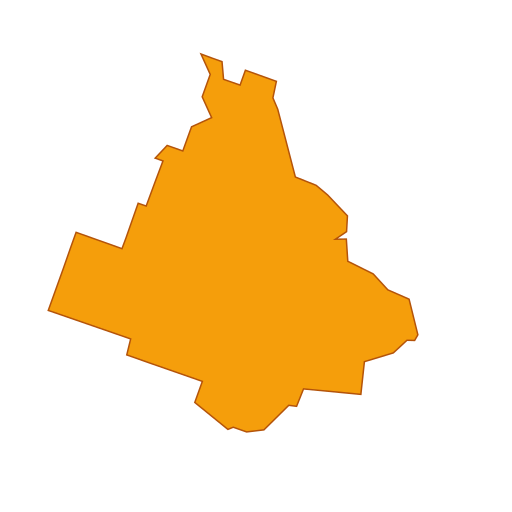 Henry, Georgia, United States of America, rotated 19°
{"feature_id": "52423323B6580750779767", "entity_name": "Henry", "entity_type": "district", "adm_level": 2, "iso_a3": "USA", "parent_name": "United States of America", "parent_adm1": "Georgia", "projection": "orthographic", "projection_center": [-84.158, 33.473], "detail": "fine", "context": "isolated", "style": "filled", "palette": "amber", "viewbox_px": 512, "rotation_deg": 19, "n_neighbors": 0, "source": "geoboundaries", "source_scale": "gbopen_adm2", "svg_char_len": 853}
<svg xmlns="http://www.w3.org/2000/svg" viewBox="0 0 512 512"><g transform="rotate(19 256 256)"><path d="M285.9,429.1L290.2,425.3L304.4,425.4L320.1,417.8L335.6,386.5L343.3,384.9L344.2,366.2L400.2,352.7L392.9,320.6L417.4,302.9L426.2,286.5L433.5,284.2L434.7,277.8L414.8,247.0L391.7,245.1L372.7,234.8L344.5,231.1L335.9,210.6L325.6,214.3L333.7,203.5L329.4,188.3L303.9,175.0L289.9,169.6L267.5,168.5L228.8,110.2L220.5,101.0L218.4,84.2L215.6,84.2L185.5,83.8L185.3,99.6L167.8,99.5L160.6,83.3L150.1,83.2L138.2,82.9L153.6,99.2L153.3,123.0L169.0,139.6L153.0,154.8L152.9,160.3L152.6,180.5L136.0,180.4L128.8,196.3L137.1,196.4L136.5,217.7L135.9,244.5L127.4,244.5L127.2,281.2L126.9,292.7L78.2,292.2L78.0,307.7L77.9,330.7L77.3,375.1L164.5,375.2L166.0,391.6L191.6,391.8L246.1,392.0L245.8,414.4L285.9,429.1Z" fill="#f59e0b" stroke="#b45309" stroke-width="1.5"/></g></svg>